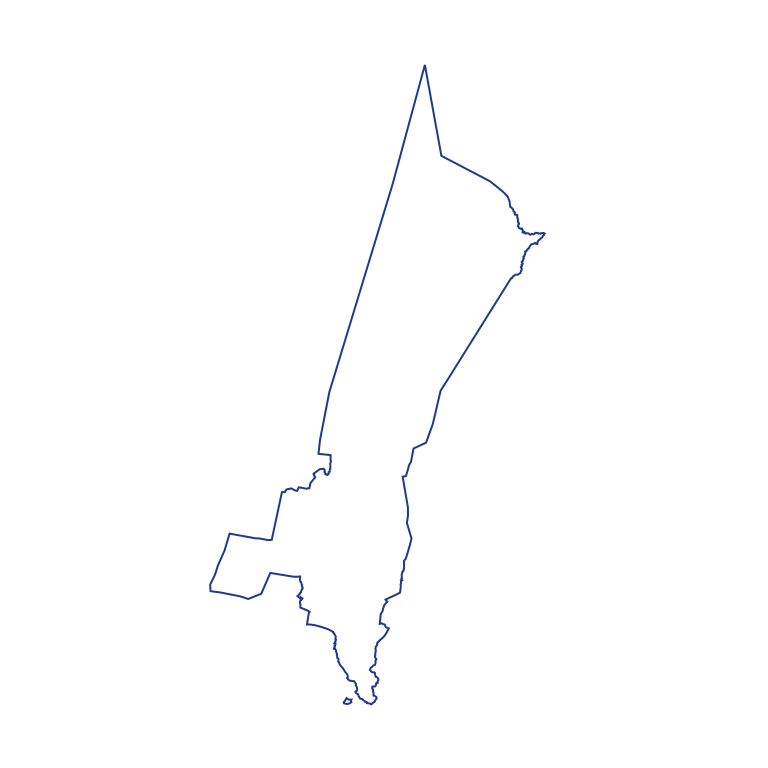 Þingeyjarsveit, Norðurland eystra, Iceland (Albers equal-area conic projection), rotated 195°
{"feature_id": "244011B2873245088627", "entity_name": "Þingeyjarsveit", "entity_type": "district", "adm_level": 2, "iso_a3": "ISL", "parent_name": "Iceland", "parent_adm1": "Norðurland eystra", "projection": "albers", "projection_center": [-17.794, 65.291], "detail": "fine", "context": "isolated", "style": "outline", "palette": "blue", "viewbox_px": 768, "rotation_deg": 195, "n_neighbors": 0, "source": "geoboundaries", "source_scale": "gbopen_adm2", "svg_char_len": 6055}
<svg xmlns="http://www.w3.org/2000/svg" viewBox="0 0 768 768"><g transform="rotate(195 384 384)"><path d="M396.2,131.8L392.9,132.6L388.8,133.1L383.0,133.2L374.5,132.7L369.0,131.4L368.7,130.6L367.7,130.3L367.3,129.6L366.2,128.7L365.2,127.5L364.9,125.0L364.2,124.6L364.2,123.8L364.5,123.2L364.4,122.2L364.6,121.6L364.2,121.7L363.9,121.5L363.8,121.2L364.3,120.4L363.7,120.3L363.4,119.6L363.5,119.1L363.8,118.7L363.6,118.5L363.6,118.3L364.0,118.0L363.5,117.1L363.9,115.9L363.7,115.8L363.6,115.2L362.7,115.5L361.8,114.8L360.6,112.4L359.4,110.9L359.4,109.7L358.8,109.0L358.2,107.3L357.4,107.1L356.7,106.2L356.4,105.4L356.4,104.1L355.4,103.5L354.5,102.1L353.1,100.7L350.4,99.0L346.8,95.7L344.2,93.9L343.1,91.6L343.4,90.8L343.6,90.5L342.7,90.1L342.3,89.3L339.8,88.5L338.7,88.9L335.7,89.1L333.9,87.4L333.1,86.5L333.2,85.5L332.1,84.6L331.6,83.9L330.8,82.0L330.8,81.2L331.0,80.3L331.6,80.0L332.0,79.5L331.2,78.3L328.7,77.6L327.5,75.6L326.6,75.0L325.7,73.9L323.2,74.1L322.2,73.2L320.5,72.7L319.7,72.0L318.3,72.3L317.6,72.0L317.3,71.7L317.4,71.4L314.9,71.7L313.6,71.2L313.1,71.5L312.6,72.6L311.8,73.7L311.0,74.3L310.6,75.5L310.6,76.5L309.8,78.2L309.8,78.6L310.0,79.0L310.7,79.8L312.2,80.3L313.5,80.3L313.8,80.9L313.7,81.7L314.0,82.6L314.9,83.8L314.8,84.6L315.1,84.9L315.5,86.1L316.5,86.7L316.6,87.4L317.0,88.4L317.0,88.6L316.6,88.9L314.3,89.6L313.8,91.0L313.8,91.5L314.2,92.2L314.0,93.2L312.8,93.7L313.2,94.7L312.8,97.0L314.2,98.7L316.1,99.0L317.7,101.5L318.1,102.7L319.0,102.9L321.0,102.5L323.7,104.2L323.3,106.5L322.1,108.0L321.5,109.3L320.1,110.4L320.0,110.6L320.0,111.0L320.0,112.6L320.6,114.4L320.6,114.8L320.1,116.2L321.6,117.4L322.2,118.6L322.3,119.1L322.2,120.2L322.7,121.3L322.9,124.3L323.0,124.8L323.4,125.1L323.8,126.5L323.9,127.5L323.6,128.9L323.0,130.2L323.0,130.5L323.6,131.7L323.1,132.9L322.3,134.0L322.1,134.9L319.8,138.0L318.2,141.2L317.1,144.6L316.1,149.2L318.1,149.4L319.3,149.7L320.1,150.4L320.7,151.6L321.5,151.9L322.4,151.8L324.3,152.3L326.0,151.2L327.6,160.7L326.7,164.2L326.6,165.3L326.8,166.2L326.5,170.5L325.9,171.8L325.0,173.3L324.4,174.6L326.1,175.4L326.8,176.1L318.3,183.2L315.3,185.9L314.5,186.8L315.5,193.6L316.0,194.3L316.1,194.9L316.0,196.3L316.3,197.2L316.4,197.9L316.1,198.4L316.3,198.7L316.2,198.8L316.5,198.8L316.4,199.0L316.5,199.1L316.4,199.4L316.7,199.6L316.8,200.2L316.4,200.4L316.2,200.3L316.2,200.8L316.7,201.3L317.0,202.2L317.0,202.7L317.6,204.3L317.5,205.3L317.6,205.9L317.5,206.3L317.7,207.2L317.0,208.0L317.2,208.5L316.9,209.6L317.0,210.4L316.9,210.5L317.1,210.9L317.0,211.4L318.9,218.4L317.8,220.7L317.6,223.6L317.3,235.4L317.5,242.0L325.9,255.7L326.9,263.7L329.0,271.1L342.0,299.3L339.0,300.7L338.7,309.7L338.9,310.6L338.8,311.5L338.5,313.5L337.8,315.6L338.7,328.5L338.7,329.4L328.2,338.2L326.5,357.9L327.6,392.3L323.3,405.8L288.7,518.9L288.1,519.0L287.6,519.7L287.5,520.0L287.6,520.4L286.9,522.0L286.2,522.3L285.8,523.0L284.9,523.8L283.2,524.1L281.0,526.6L280.9,527.9L280.7,528.3L280.9,528.8L280.7,529.3L280.6,530.6L280.8,531.1L281.8,531.9L282.1,532.5L282.0,532.8L281.5,533.2L281.4,533.9L281.9,534.9L281.2,535.5L281.1,536.0L282.6,537.4L282.3,538.3L281.8,538.6L281.8,540.9L281.4,541.4L282.3,542.8L282.2,543.2L281.6,543.6L281.5,543.9L281.7,544.5L281.3,545.4L281.5,546.1L281.4,547.9L281.9,548.6L280.7,549.5L280.5,550.7L280.1,551.0L280.0,551.9L279.1,552.7L279.0,553.0L279.0,554.1L278.0,556.9L275.8,558.1L274.6,559.4L273.9,559.3L273.1,558.6L272.2,558.9L272.1,559.1L272.4,560.4L272.1,562.4L270.7,564.3L270.0,565.6L269.3,566.3L269.0,567.0L268.8,568.3L268.0,569.3L268.0,570.6L268.2,570.9L268.1,571.0L268.8,571.2L271.2,570.4L271.7,569.6L272.5,569.6L273.1,569.3L273.6,569.6L275.3,569.6L276.0,569.2L276.7,569.3L277.1,569.0L277.4,568.2L277.7,567.7L278.6,567.1L280.0,567.4L281.0,566.2L281.6,566.0L283.0,566.8L285.1,566.7L285.9,566.0L286.7,566.3L287.5,566.0L287.7,566.4L287.5,567.1L287.8,567.3L289.4,566.5L289.5,566.8L289.4,567.3L289.4,567.9L290.1,568.7L291.3,569.1L291.3,569.4L290.9,569.8L291.0,569.9L292.6,569.4L294.3,569.7L294.8,570.7L295.5,571.1L295.4,571.7L295.5,572.5L295.0,573.4L295.0,573.8L295.3,574.3L295.9,574.4L296.3,574.8L296.4,575.5L296.9,576.2L296.8,576.7L297.2,577.2L297.3,578.1L298.0,578.8L298.1,579.3L298.5,579.5L298.9,581.6L299.6,581.8L300.6,581.5L301.4,581.6L301.9,582.2L301.7,583.1L302.5,584.0L303.4,584.3L304.7,586.2L306.6,587.4L308.0,587.9L309.9,592.7L312.8,596.8L314.5,598.0L319.7,600.9L333.9,607.2L387.6,619.2L427.1,702.8L427.4,579.6L434.7,362.0L431.3,313.2L429.2,299.6L417.2,301.5L416.2,297.6L415.2,295.3L415.3,293.3L413.9,288.4L414.2,288.3L414.3,287.7L413.7,285.2L414.6,284.6L414.2,283.3L414.3,282.7L415.0,281.6L415.4,281.4L415.8,281.8L416.0,281.7L416.1,282.0L417.3,281.8L417.5,282.6L418.6,283.4L418.6,283.8L418.8,284.1L418.6,284.3L419.1,285.1L419.1,285.6L419.4,286.0L420.5,286.5L424.1,285.0L428.6,279.4L428.6,279.2L428.3,278.8L428.5,278.7L428.3,278.5L428.3,278.1L427.6,277.6L427.3,276.8L427.1,276.7L426.3,276.1L429.4,269.3L429.1,263.9L430.5,263.6L431.5,262.8L439.5,262.2L440.0,259.8L440.1,258.3L442.2,258.2L446.8,259.1L449.6,257.4L450.3,257.3L450.8,257.0L451.5,255.6L451.4,254.4L451.7,253.9L454.6,253.1L452.1,204.4L455.6,203.2L464.1,202.6L468.8,201.6L494.4,199.5L494.8,186.8L494.9,183.9L494.8,182.6L497.5,165.4L497.7,158.9L498.0,155.6L500.0,145.2L497.9,139.0L488.1,140.3L467.6,141.7L459.5,141.2L448.3,149.6L444.9,172.1L422.5,174.3L419.1,175.0L415.2,176.4L414.8,175.1L414.9,174.0L414.2,172.2L413.6,171.7L413.4,171.3L412.8,171.2L411.6,169.0L411.1,168.7L411.1,167.8L411.0,167.4L410.0,166.6L409.9,166.4L410.0,165.8L409.7,165.6L409.9,164.5L410.4,163.6L410.4,162.7L410.2,161.9L410.2,161.7L410.8,160.9L410.7,160.5L410.7,160.3L411.2,159.9L411.0,159.4L411.1,159.0L411.8,158.2L412.1,157.1L412.6,156.7L409.4,155.2L409.4,156.4L407.3,155.8L408.0,154.0L408.7,153.3L408.8,153.1L408.5,150.7L407.7,149.5L406.9,146.4L399.2,145.4L396.9,144.7L397.3,142.9L396.2,131.8ZM340.1,65.2L336.7,65.3L334.5,66.7L333.2,68.2L333.5,68.7L333.6,69.2L334.0,69.6L334.1,70.4L334.0,70.6L337.1,70.0L337.7,70.4L338.4,70.4L338.4,70.6L338.8,70.9L339.5,68.6L339.6,67.8L340.5,66.4L340.1,65.2Z" fill="none" stroke="#1e3a8a" stroke-width="2"/></g></svg>